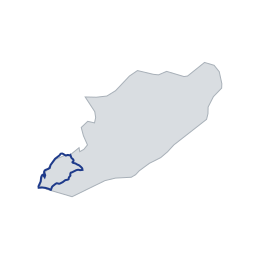 Jamaica, with Saint Thomas highlighted, rotated 132°
{"feature_id": "JAM-1383", "entity_name": "Saint Thomas", "entity_type": "Parish", "adm_level": 1, "iso_a3": "JAM", "parent_name": "Jamaica", "parent_adm1": "", "projection": "equal_earth", "projection_center": [-76.493, 17.967], "detail": "fine", "context": "in_parent", "style": "outline", "palette": "blue", "viewbox_px": 256, "rotation_deg": 132, "n_neighbors": 0, "source": "natural_earth", "source_scale": "10m", "svg_char_len": 1925}
<svg xmlns="http://www.w3.org/2000/svg" viewBox="0 0 256 256"><g transform="rotate(132 128 128)"><path d="M128.2,83.9L140.0,88.5L152.2,91.0L157.5,91.1L162.4,92.6L173.6,103.8L182.5,109.9L216.5,123.6L227.9,147.3L230.0,154.7L221.2,159.1L210.2,160.6L199.6,160.8L189.8,156.3L185.6,152.8L175.4,151.2L177.9,148.0L173.4,146.5L167.7,146.8L163.6,155.9L158.9,163.1L150.0,162.4L146.6,156.3L141.9,159.0L138.1,163.6L133.6,180.6L126.3,172.1L118.4,165.1L108.5,162.2L88.4,161.7L79.0,159.4L71.1,145.0L68.1,140.9L60.1,137.2L52.3,120.8L49.5,118.5L28.1,115.0L23.8,106.0L25.1,97.9L32.3,87.9L35.7,85.1L47.6,85.5L58.8,82.5L63.8,78.2L69.0,75.4L109.8,82.6L119.3,82.7L128.2,83.9Z" fill="#d9dde1" stroke="#a8b0b8" stroke-width="1"/><path d="M225.6,143.9L226.3,146.3L227.8,149.4L229.6,151.9L232.2,154.4L231.2,155.5L226.2,157.1L222.7,159.6L220.7,160.3L218.9,159.8L219.6,159.1L219.9,158.7L220.3,157.1L218.5,157.9L217.0,160.9L215.3,161.5L213.8,161.0L212.0,160.0L210.2,159.4L207.3,160.8L199.7,161.6L194.3,160.6L193.5,160.6L192.8,160.8L192.0,160.7L191.0,159.8L190.6,158.6L190.4,157.1L190.1,155.8L189.3,155.2L188.5,154.9L188.0,154.2L187.6,153.3L187.0,152.6L186.7,152.6L187.3,151.4L187.9,150.5L188.0,150.1L188.1,149.5L188.0,148.3L188.1,147.5L188.6,146.7L188.9,146.5L189.3,146.4L190.3,146.5L190.6,146.4L190.7,146.2L190.7,145.7L190.4,145.0L189.7,143.7L189.5,143.3L189.0,140.8L188.7,140.3L188.5,139.5L188.4,138.7L188.4,136.8L188.5,135.7L188.7,134.9L189.6,133.8L191.4,135.4L192.1,136.7L192.3,136.9L192.5,137.2L193.2,137.7L193.9,138.2L198.5,140.0L199.2,140.5L199.5,140.6L200.0,140.5L200.8,140.1L201.2,139.8L201.6,139.3L201.8,139.1L202.0,138.9L202.4,138.9L203.8,138.9L204.3,138.8L204.6,138.7L205.3,138.2L205.7,137.9L206.1,138.0L206.6,138.1L208.7,139.7L211.9,140.3L214.8,141.4L215.3,141.7L215.5,141.9L215.7,142.1L216.3,143.3L216.6,143.7L216.9,144.1L218.2,144.5L221.8,145.1L222.8,145.0L225.5,143.9L225.6,143.9Z" fill="none" stroke="#1e3a8a" stroke-width="2"/></g></svg>